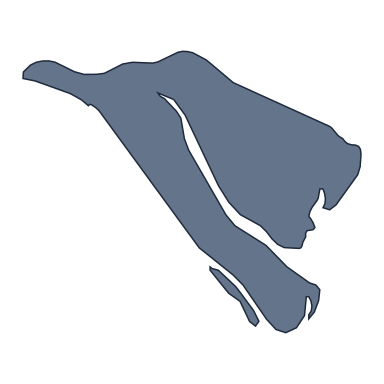 SVG path tracing the border of Bến Tre
{"feature_id": "VNM-504", "entity_name": "Bến Tre", "entity_type": "Province", "adm_level": 1, "iso_a3": "VNM", "parent_name": "Vietnam", "parent_adm1": "", "projection": "equal_earth", "projection_center": [106.493, 10.078], "detail": "fine", "context": "isolated", "style": "filled", "palette": "slate", "viewbox_px": 384, "rotation_deg": 0, "n_neighbors": 0, "source": "natural_earth", "source_scale": "10m", "svg_char_len": 1572}
<svg xmlns="http://www.w3.org/2000/svg" viewBox="0 0 384 384"><path d="M210.2,63.2L233.3,82.7L329.6,126.4L331.8,128.1L338.2,135.7L340.6,137.4L342.7,138.6L344.6,141.1L347.4,143.6L351.5,144.8L355.6,145.1L358.6,146.4L360.4,149.3L361.0,154.2L360.2,166.4L357.8,174.6L336.1,204.8L329.7,209.8L323.0,207.7L325.0,203.5L325.4,198.5L324.6,193.5L322.9,188.9L319.9,188.9L318.2,198.1L317.2,200.3L312.0,207.5L309.8,211.9L308.8,216.5L310.3,218.1L313.1,222.7L314.9,227.5L313.1,229.7L307.0,230.7L305.6,233.2L305.7,236.8L302.9,242.1L301.9,246.1L300.9,247.8L299.2,248.4L284.2,247.6L277.7,244.4L272.0,238.9L266.4,231.6L260.4,225.7L240.4,214.7L228.8,202.2L218.5,185.8L185.1,115.1L173.7,99.5L158.0,93.0L160.1,96.1L162.3,97.5L164.3,98.5L176.3,111.1L180.9,118.2L184.4,138.8L188.6,150.0L225.9,214.8L235.0,225.8L265.9,245.3L287.0,266.9L309.5,282.9L315.9,285.0L319.8,289.8L318.6,300.7L314.3,312.1L308.8,318.8L308.8,314.8L311.3,310.8L311.9,305.9L310.9,300.8L308.8,296.7L306.3,296.7L304.5,315.6L296.4,327.8L285.8,332.7L276.0,329.5L266.6,319.3L243.0,285.0L233.1,275.0L199.2,247.8L99.1,110.8L95.7,107.6L92.0,105.0L89.6,104.3L88.4,105.7L81.4,99.8L70.3,93.6L34.9,80.9L23.0,78.5L23.4,72.0L30.4,65.1L36.2,62.3L42.5,61.0L48.8,60.9L55.1,62.2L74.3,71.7L84.0,74.4L96.8,74.3L104.4,73.3L122.7,64.0L132.5,62.3L152.9,63.1L158.1,61.8L178.1,52.2L182.9,51.3L187.8,51.6L192.8,52.8L206.2,59.9L210.2,63.2ZM240.4,292.7L253.6,310.6L258.9,321.3L255.5,326.1L249.6,321.5L240.0,301.3L228.6,293.2L210.1,270.2L210.1,266.9L212.0,268.5L218.3,270.2L235.6,286.5L240.4,292.7Z" fill="#64748b" stroke="#1e293b" stroke-width="1.5"/></svg>